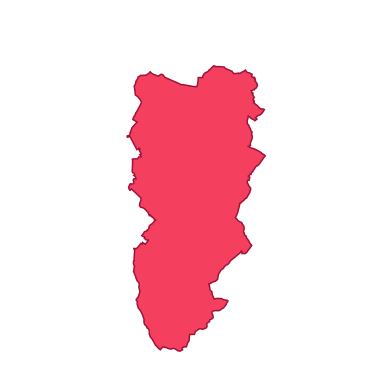 Ceica, Bihor, Romania (orthographic projection), rotated 146°
{"feature_id": "2599482B26005184493765", "entity_name": "Ceica", "entity_type": "district", "adm_level": 2, "iso_a3": "ROU", "parent_name": "Romania", "parent_adm1": "Bihor", "projection": "orthographic", "projection_center": [22.182, 46.874], "detail": "fine", "context": "isolated", "style": "filled", "palette": "rose", "viewbox_px": 384, "rotation_deg": 146, "n_neighbors": 0, "source": "geoboundaries", "source_scale": "gbopen_adm2", "svg_char_len": 5977}
<svg xmlns="http://www.w3.org/2000/svg" viewBox="0 0 384 384"><g transform="rotate(146 192 192)"><path d="M214.9,273.5L212.4,272.8L214.0,258.0L211.2,257.8L211.1,256.7L212.4,256.6L212.7,252.0L214.4,252.2L214.2,249.8L215.8,250.2L216.2,250.8L218.8,250.0L221.4,251.8L223.1,252.6L224.2,250.4L230.2,242.3L230.4,241.2L229.6,240.5L229.6,240.1L229.8,238.6L230.0,238.3L231.0,238.3L230.3,236.5L231.1,234.2L232.5,235.4L233.5,235.3L234.2,234.5L234.5,233.3L234.5,232.7L235.7,231.8L236.4,231.6L237.5,232.5L238.0,232.6L238.5,233.3L239.3,233.1L242.0,231.3L242.6,228.9L242.4,228.0L240.5,228.4L237.7,215.8L238.5,214.1L241.7,211.8L243.2,210.0L243.1,207.9L242.1,207.2L240.9,205.3L240.6,203.9L240.4,203.6L240.3,202.0L240.0,200.6L240.0,199.2L240.3,197.0L239.6,196.7L239.8,196.2L239.7,195.9L240.2,195.9L239.2,194.7L239.1,193.4L238.8,193.3L238.6,192.0L238.4,191.7L238.7,191.3L238.5,191.0L238.4,191.0L238.4,190.3L238.1,189.9L238.7,189.7L239.0,189.0L238.8,188.9L242.7,188.0L244.8,188.1L246.5,187.6L247.3,186.9L248.1,185.9L249.4,185.3L250.5,185.5L250.7,185.0L253.8,185.6L256.3,184.4L258.0,184.0L258.0,183.5L257.3,182.2L256.4,181.4L256.6,180.8L257.4,180.3L256.9,178.1L255.1,176.6L256.0,176.1L259.9,174.8L261.2,177.7L261.9,176.9L262.5,176.7L263.0,178.0L267.3,176.6L269.7,176.2L270.5,176.6L271.5,177.7L271.8,177.7L272.1,177.1L271.8,176.7L271.7,176.4L271.9,176.3L272.0,175.8L272.4,175.5L273.0,174.6L276.7,169.9L278.0,168.0L278.0,167.6L278.8,167.6L280.0,166.4L280.5,165.5L281.2,163.3L281.2,162.3L281.8,162.1L282.9,161.1L284.0,159.4L285.1,158.6L285.1,157.4L285.5,156.3L285.7,154.5L286.7,151.5L287.1,149.2L287.1,148.5L286.8,147.1L287.1,145.5L287.6,144.6L289.3,142.8L290.0,140.9L290.4,139.6L290.8,138.7L291.6,137.8L295.4,135.0L298.3,134.2L298.7,133.6L298.7,132.0L298.8,131.4L300.1,129.9L301.4,126.0L301.1,122.1L301.7,118.1L302.9,113.4L304.6,111.0L305.4,108.6L304.8,106.5L304.9,105.0L305.3,104.7L304.6,103.1L304.6,102.0L305.1,100.7L306.6,98.6L307.6,95.2L307.3,91.8L307.9,85.7L307.0,80.3L306.4,78.9L302.9,80.0L300.1,77.1L299.0,75.3L297.8,73.9L296.5,73.2L295.3,73.0L294.4,72.5L293.3,70.3L292.5,68.3L291.2,67.0L290.3,66.6L288.9,66.8L288.2,66.4L287.2,68.2L285.7,68.2L283.2,66.8L280.1,69.3L278.3,69.9L277.6,70.4L273.6,75.2L269.6,72.6L267.2,74.5L263.3,74.4L262.5,74.6L260.9,73.5L260.3,72.3L257.0,71.5L255.8,71.5L254.9,72.0L254.2,72.8L253.7,74.3L253.3,74.8L250.1,74.7L249.0,75.8L248.2,76.1L246.6,75.7L245.4,75.8L244.3,76.4L244.1,77.4L243.5,78.3L243.4,80.2L243.2,80.8L242.2,81.4L240.7,81.5L239.2,80.7L236.2,78.7L234.8,78.3L233.0,78.5L230.5,78.3L226.6,79.6L226.1,80.2L223.2,81.5L223.1,82.0L223.3,82.5L225.5,84.4L226.3,85.5L227.0,87.1L231.3,90.1L233.0,90.6L233.4,91.2L232.6,95.5L231.3,98.3L231.7,99.7L231.8,100.8L229.6,105.3L229.7,106.2L229.2,106.5L228.2,106.0L224.2,105.6L222.6,104.9L219.7,105.2L216.3,108.8L211.7,111.1L208.6,111.1L207.6,111.8L204.4,112.4L203.4,112.0L201.4,112.2L198.5,113.5L186.4,114.6L184.2,115.4L184.2,114.0L184.5,113.8L184.6,113.1L184.9,112.9L182.5,111.3L180.7,111.3L172.4,114.2L172.6,117.7L172.2,119.9L172.4,122.7L172.3,123.8L171.8,125.0L172.3,126.9L172.2,127.6L171.6,129.0L171.7,129.9L171.1,130.8L169.4,132.2L168.5,133.8L168.1,135.1L168.2,137.2L167.9,138.9L169.0,140.6L170.0,142.8L169.9,144.4L170.5,146.4L168.0,147.8L165.2,149.8L160.2,154.2L159.4,155.0L159.3,155.7L159.0,155.8L157.8,155.6L155.1,156.1L153.9,156.0L152.4,156.6L150.2,156.5L144.2,159.4L143.9,159.7L143.8,160.1L142.6,160.7L141.2,162.5L141.4,164.8L141.2,165.9L141.3,166.4L141.2,166.9L141.0,167.8L141.0,169.1L139.1,170.7L138.0,169.8L135.8,172.0L136.6,173.3L136.5,173.7L135.1,173.7L133.9,174.3L133.2,173.6L132.3,174.6L131.6,174.7L131.3,174.9L130.1,174.8L129.7,175.5L127.3,176.2L127.2,176.5L126.0,176.8L124.9,177.3L123.7,177.6L123.0,177.1L121.0,177.4L110.9,181.2L112.4,184.8L112.7,186.3L113.7,188.3L116.2,192.9L118.2,195.2L119.4,197.4L119.8,198.4L117.4,197.9L117.1,198.6L116.3,199.8L115.3,200.6L112.4,202.6L110.9,204.4L110.7,204.8L110.6,206.2L109.5,207.1L108.6,208.4L109.0,209.7L108.5,210.9L108.1,212.3L108.2,213.8L107.6,215.6L107.6,216.4L108.0,217.2L107.9,217.7L106.3,220.5L104.8,221.5L102.9,223.5L102.3,222.2L102.1,220.8L101.9,220.0L100.3,217.1L100.0,215.9L97.4,216.1L97.7,218.1L96.8,218.1L94.8,218.5L92.7,217.9L90.2,218.1L88.9,218.5L88.7,218.7L88.0,218.9L87.6,219.3L87.1,219.3L85.9,219.9L86.5,220.9L88.7,222.7L89.1,223.5L88.9,223.7L88.9,224.1L89.2,224.8L89.5,226.9L91.0,231.5L90.6,231.9L90.3,231.8L90.3,232.2L89.9,232.2L89.4,233.4L89.7,233.5L89.7,233.9L89.2,234.9L88.7,235.3L87.5,235.5L87.3,238.4L87.2,238.4L87.3,239.4L87.0,240.0L86.7,240.0L86.5,239.7L86.1,239.8L86.6,241.0L86.6,241.7L86.2,242.2L86.3,242.8L84.5,242.4L84.4,242.5L83.4,242.4L83.2,242.0L82.6,242.3L81.5,242.2L79.9,242.6L79.7,242.9L78.2,243.7L78.2,244.2L77.6,244.9L77.4,247.2L77.7,247.9L77.7,248.6L77.2,249.2L76.8,249.3L76.8,250.1L76.7,250.0L76.4,250.7L76.6,251.4L76.1,251.5L76.1,251.8L76.2,252.3L77.6,253.3L78.0,254.5L76.4,255.7L76.4,256.1L78.1,259.1L78.7,259.5L79.1,260.0L79.6,261.2L79.6,261.8L79.4,263.2L82.2,263.1L83.3,263.5L86.1,263.5L87.2,264.4L87.0,264.6L89.2,265.6L91.3,267.0L91.2,267.3L91.4,269.0L91.3,269.7L95.1,275.5L95.3,276.3L95.4,277.7L96.9,278.7L98.0,279.8L102.3,282.7L102.6,283.2L102.6,283.7L103.4,284.4L104.0,284.5L108.1,283.6L109.8,283.6L110.1,283.3L112.0,283.0L114.0,283.4L115.4,283.4L118.1,282.2L119.2,280.8L121.9,282.8L122.8,283.4L124.4,281.3L127.4,277.9L129.2,276.7L129.5,276.9L131.7,278.5L139.4,286.0L140.4,286.8L141.1,287.0L142.0,289.0L150.4,302.2L150.6,305.3L150.8,305.9L151.5,306.7L152.4,307.0L154.1,306.9L154.8,306.6L155.8,307.7L156.9,309.5L157.3,309.7L158.1,311.0L159.1,313.0L159.4,315.0L161.9,314.5L164.7,314.5L169.6,317.5L169.9,317.3L170.8,317.3L172.2,317.6L173.8,316.3L176.1,315.4L178.9,312.9L180.3,312.4L180.9,311.8L182.6,308.0L184.7,304.2L183.7,301.5L183.6,300.6L183.3,297.2L183.8,294.4L191.9,290.0L194.5,288.9L196.8,287.3L197.1,287.1L197.3,287.3L199.7,285.9L200.5,285.1L198.4,280.7L205.7,278.9L209.4,276.2L210.1,275.9L209.9,275.3L212.7,273.9L213.8,274.6L214.6,274.6L214.9,273.5Z" fill="#f43f5e" stroke="#9f1239" stroke-width="1.5"/></g></svg>